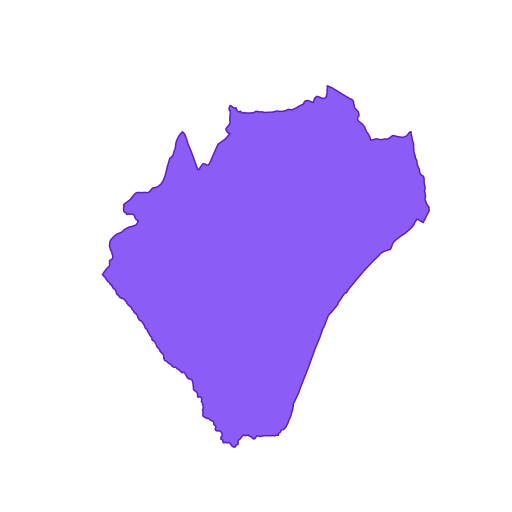 Oshwe, Bandundu, Democratic Republic of the Congo (Robinson projection), rotated 23°
{"feature_id": "63176286B4112889633509", "entity_name": "Oshwe", "entity_type": "district", "adm_level": 2, "iso_a3": "COD", "parent_name": "Democratic Republic of the Congo", "parent_adm1": "Bandundu", "projection": "robinson", "projection_center": [19.895, -3.147], "detail": "fine", "context": "isolated", "style": "filled", "palette": "violet", "viewbox_px": 512, "rotation_deg": 23, "n_neighbors": 0, "source": "geoboundaries", "source_scale": "gbopen_adm2", "svg_char_len": 6088}
<svg xmlns="http://www.w3.org/2000/svg" viewBox="0 0 512 512"><g transform="rotate(23 256 256)"><path d="M396.8,159.8L397.2,155.5L397.3,151.0L397.7,148.4L397.7,147.2L397.6,146.4L396.6,144.7L396.2,143.5L393.0,141.6L389.6,138.0L389.1,137.0L388.8,134.7L386.5,131.4L385.5,129.7L385.3,127.7L384.4,126.1L382.4,123.3L380.2,118.5L378.8,117.2L376.5,116.8L375.4,116.3L374.3,115.4L372.8,112.9L371.8,111.7L370.1,110.3L368.3,108.1L366.8,105.5L366.1,104.7L365.3,104.2L364.4,103.4L363.3,101.5L360.8,98.8L359.7,96.3L358.5,94.4L357.8,92.2L357.0,90.9L353.9,87.4L353.5,86.3L351.6,83.7L350.1,81.1L349.2,81.8L348.7,82.9L348.0,86.0L347.6,86.9L346.5,87.6L345.9,88.8L344.4,89.5L340.5,90.6L335.2,91.5L334.5,92.0L332.4,95.8L330.6,97.4L329.0,97.8L325.8,100.1L320.9,101.1L320.2,101.5L318.4,103.4L317.8,103.6L316.3,104.5L314.7,102.4L311.2,99.5L309.8,98.8L307.0,96.5L305.6,94.7L302.1,92.9L299.4,92.3L297.8,91.8L296.7,91.2L296.0,90.3L295.7,89.5L295.6,87.8L296.0,86.8L295.2,85.0L293.6,83.2L289.2,81.2L288.6,80.8L287.4,78.8L286.1,77.3L285.5,75.8L284.5,75.0L283.2,74.5L280.3,74.5L279.0,74.2L272.8,73.4L260.6,71.5L255.8,71.4L255.1,71.7L255.9,72.7L256.8,76.2L257.8,78.1L257.9,80.2L258.4,81.1L258.5,82.2L258.0,83.3L257.4,84.2L255.5,84.9L250.5,85.0L249.4,85.5L248.6,87.2L248.3,88.6L248.7,91.1L248.4,92.5L243.5,92.5L241.9,93.2L240.8,94.0L240.3,95.3L240.2,96.5L240.4,97.5L237.4,100.8L234.7,104.5L231.8,107.6L229.2,108.1L228.2,108.6L226.2,110.9L224.3,112.2L221.2,113.7L219.5,114.0L217.9,114.8L215.2,117.0L207.0,120.9L206.3,120.7L204.8,121.1L202.7,122.1L201.2,122.2L199.4,122.9L197.4,125.4L196.9,125.7L196.3,125.7L194.7,126.7L191.1,128.2L189.2,128.5L187.5,129.8L186.9,129.7L185.5,128.9L184.8,129.0L183.4,130.3L181.5,129.4L179.8,127.5L178.0,128.3L176.9,128.2L173.9,127.4L173.4,127.7L173.3,129.9L174.4,132.2L174.8,132.0L176.2,133.6L176.6,135.0L177.1,135.6L177.2,137.1L178.7,140.9L179.6,142.3L180.1,143.5L180.0,145.3L179.8,146.5L178.6,150.3L178.8,151.2L179.7,152.1L180.1,152.2L181.0,153.1L181.8,153.3L182.5,153.8L184.1,153.7L182.1,160.3L177.8,167.2L177.3,168.4L177.1,187.8L176.9,189.9L176.3,191.2L174.9,191.5L173.3,191.2L171.1,191.9L170.1,196.0L169.8,197.7L169.4,199.0L169.0,199.1L168.3,198.8L167.5,198.0L156.1,185.7L150.1,179.9L145.6,174.6L143.8,172.9L143.0,171.8L139.8,170.4L138.7,173.1L138.0,176.7L137.9,178.5L137.9,181.5L138.3,183.9L139.8,189.1L139.7,191.3L140.1,195.0L140.1,196.1L138.5,200.0L139.7,210.2L140.3,212.9L141.1,219.1L141.1,222.7L140.5,226.7L139.3,229.2L138.3,230.9L136.5,232.3L134.4,233.7L134.0,234.5L132.6,238.9L132.0,239.6L130.2,240.6L129.0,240.8L125.8,242.4L123.3,243.3L121.5,244.3L120.7,245.2L120.0,246.6L118.5,252.4L117.8,254.0L114.6,259.2L114.3,260.5L114.3,261.4L115.0,261.6L115.3,262.1L115.3,263.4L115.8,264.7L117.0,266.6L118.0,267.1L119.6,267.1L120.6,268.2L121.5,268.0L122.1,267.1L123.2,267.0L124.0,266.3L127.4,265.7L127.9,265.8L128.9,267.3L131.6,269.4L133.3,269.3L134.0,269.9L133.7,270.5L133.9,272.1L133.7,273.6L133.3,274.4L130.0,277.5L128.2,278.6L125.5,281.8L124.1,283.8L123.7,285.3L122.8,286.8L119.5,290.1L117.7,293.2L116.0,297.9L116.0,300.0L117.1,303.8L119.4,306.8L121.7,308.8L122.8,310.5L123.8,311.5L124.5,312.5L124.9,314.8L123.2,317.1L123.2,318.1L124.7,321.2L124.9,322.1L124.8,323.1L124.0,324.7L122.6,329.3L121.9,333.2L122.4,333.5L125.5,334.5L126.2,335.3L128.5,336.8L129.7,337.4L131.3,337.5L132.9,339.0L134.4,339.4L134.4,339.2L136.9,341.3L139.9,342.2L140.7,342.9L142.0,344.7L142.9,345.5L145.3,346.3L146.8,347.3L148.1,347.4L151.5,347.2L153.5,348.4L154.6,348.7L155.2,349.6L157.7,351.1L160.7,351.8L163.0,353.6L164.4,354.1L166.2,355.7L168.6,356.2L170.3,357.4L171.2,358.7L172.8,360.0L173.7,360.6L176.1,360.7L180.3,363.5L180.8,364.2L182.4,365.7L183.0,366.0L183.5,365.9L184.3,366.1L185.9,367.9L189.8,370.8L191.9,371.8L193.2,373.9L193.7,374.1L194.1,373.8L194.5,373.9L196.6,374.7L199.1,376.9L199.7,377.9L204.0,380.0L204.3,380.6L205.7,381.6L206.5,381.7L207.3,382.3L208.4,382.3L210.3,384.4L210.9,385.9L212.0,387.2L213.1,387.9L214.5,387.8L215.5,388.0L216.9,388.7L220.9,389.4L221.7,390.3L224.0,390.4L225.3,389.9L226.3,390.0L227.1,390.6L229.4,390.7L229.9,391.1L232.7,391.7L233.0,392.5L233.3,392.5L233.9,391.9L234.6,391.5L235.9,391.5L238.7,393.4L240.0,394.7L241.2,395.2L241.8,395.4L242.2,395.1L243.6,395.2L244.4,394.9L245.1,395.0L245.8,395.4L248.1,398.3L248.9,400.1L249.7,401.2L250.3,402.9L251.8,403.9L253.5,404.1L254.7,404.6L256.5,406.4L256.9,407.9L257.3,408.4L258.0,408.6L259.1,407.5L260.1,407.4L261.1,408.0L261.9,408.9L262.6,411.3L263.1,411.8L264.0,412.2L264.7,413.0L265.1,414.1L265.8,414.5L266.5,415.8L266.9,416.2L266.9,418.5L268.3,420.3L268.5,421.5L268.9,422.1L269.5,423.9L271.7,424.5L273.8,424.7L276.5,424.1L277.7,424.8L278.7,425.0L280.9,424.9L281.5,425.2L282.4,426.1L282.8,427.3L283.4,427.8L284.7,428.0L285.4,428.5L285.9,429.1L286.1,431.3L286.6,432.0L287.1,432.2L287.9,432.1L288.6,432.3L290.6,431.1L292.7,431.7L294.6,433.2L295.0,435.0L294.5,436.1L295.0,438.1L297.1,438.5L297.6,438.8L298.4,440.3L299.1,440.6L299.7,440.4L300.4,439.7L301.2,439.3L302.9,439.2L303.8,438.4L304.6,438.3L305.3,438.6L307.1,439.8L308.7,440.5L310.4,440.6L311.5,439.8L311.7,439.4L311.3,438.5L312.8,436.5L313.0,435.9L311.7,433.1L312.0,432.1L312.9,430.6L313.6,427.6L314.3,426.0L314.9,425.6L316.4,425.6L316.8,425.1L317.6,424.9L318.6,423.7L320.1,424.4L322.6,424.4L324.4,425.3L325.6,425.2L326.3,424.6L326.6,423.7L326.9,421.7L327.2,421.2L327.6,420.9L330.4,420.4L334.2,418.0L341.1,415.1L341.7,414.5L343.4,414.4L344.4,413.2L346.6,412.3L346.6,411.7L346.1,410.9L346.2,410.3L347.2,408.7L347.3,408.2L347.2,406.6L347.4,406.0L348.9,405.2L349.9,403.5L350.4,401.0L350.7,397.0L350.4,393.5L350.6,392.4L350.6,390.4L349.5,381.7L348.2,377.5L348.7,365.8L348.3,359.6L347.9,341.5L346.6,317.1L346.6,306.1L345.9,297.2L346.3,294.5L345.9,285.2L345.9,282.5L346.2,281.0L347.6,277.6L350.1,269.1L350.2,268.7L349.9,267.7L350.2,265.2L351.1,261.6L351.4,259.3L352.0,256.6L352.4,255.5L353.6,254.5L354.3,250.1L359.1,234.0L361.6,226.3L365.5,215.6L368.7,208.1L369.5,205.4L370.8,203.3L372.3,201.5L377.2,197.3L377.0,190.4L378.4,186.7L380.8,182.2L384.7,176.3L388.1,169.2L389.1,165.7L389.1,162.8L389.7,159.1L396.8,159.8Z" fill="#8b5cf6" stroke="#5b21b6" stroke-width="1.5"/></g></svg>